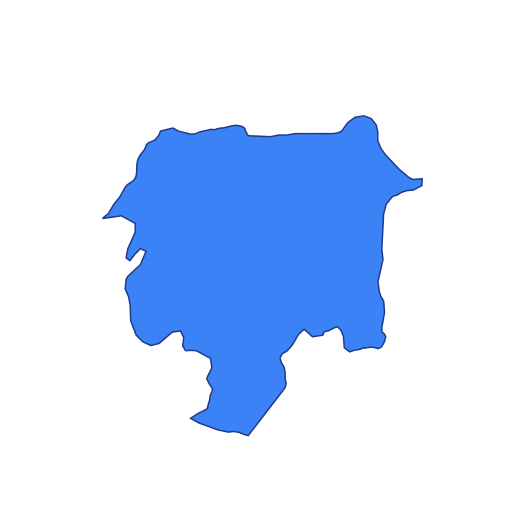 map outline of Oyo (Mercator projection), rotated 27°
{"feature_id": "NGA-2856", "entity_name": "Oyo", "entity_type": "State", "adm_level": 1, "iso_a3": "NGA", "parent_name": "Nigeria", "parent_adm1": "", "projection": "mercator", "projection_center": [3.592, 8.111], "detail": "fine", "context": "isolated", "style": "filled", "palette": "blue", "viewbox_px": 512, "rotation_deg": 27, "n_neighbors": 0, "source": "natural_earth", "source_scale": "10m", "svg_char_len": 2239}
<svg xmlns="http://www.w3.org/2000/svg" viewBox="0 0 512 512"><g transform="rotate(27 256 256)"><path d="M102.7,291.9L102.6,291.1L103.0,289.9L104.6,286.8L105.2,285.3L105.8,275.0L107.9,264.6L108.2,254.8L108.7,251.8L109.9,249.1L111.6,246.3L112.9,243.3L113.0,239.7L111.9,236.2L108.7,229.4L107.4,225.8L106.8,221.9L107.0,218.8L108.3,212.0L108.3,210.4L107.9,207.4L107.9,206.0L108.8,203.9L112.0,200.2L113.3,198.3L114.6,192.8L114.2,188.0L115.3,187.1L123.7,179.8L126.9,179.7L130.0,180.0L142.9,177.0L146.7,174.4L149.8,170.7L158.6,163.5L162.3,162.0L163.5,160.4L166.1,158.3L169.3,156.3L176.0,150.5L179.4,148.4L183.2,147.3L185.7,146.9L188.4,147.5L189.7,149.4L191.6,150.3L193.4,152.2L195.5,151.9L214.6,143.2L221.8,137.6L228.4,134.4L235.4,129.1L268.7,112.2L272.5,109.5L275.6,106.1L277.2,95.4L281.3,87.4L288.6,82.1L296.4,81.3L303.7,84.7L308.4,90.6L312.1,97.9L318.3,103.3L325.5,107.1L344.7,113.9L356.6,116.6L361.1,116.6L369.0,111.7L371.8,118.0L366.2,125.9L360.9,129.1L356.8,133.2L354.2,137.4L350.6,140.9L348.5,150.8L350.7,160.8L365.0,192.8L370.8,201.6L376.3,223.5L382.2,232.0L385.9,235.5L390.2,238.2L396.1,247.8L400.8,263.2L402.8,266.6L405.5,267.1L408.2,268.8L409.4,274.4L409.1,280.0L407.7,282.1L406.8,283.1L403.3,283.7L400.4,284.8L397.3,286.7L394.5,288.9L394.2,288.4L392.9,289.6L391.9,291.0L391.0,292.0L386.3,295.4L382.9,298.9L376.3,297.6L370.4,287.9L365.9,283.9L360.8,281.9L357.4,285.6L354.4,289.9L352.6,291.2L351.2,292.6L351.4,296.3L343.0,302.3L332.1,299.4L329.4,306.8L328.9,317.5L328.0,322.3L326.6,326.9L323.8,331.0L323.6,335.8L327.0,339.5L331.5,342.3L335.0,346.8L337.6,352.0L340.8,355.9L341.7,360.4L330.6,419.6L325.7,420.5L320.9,420.8L315.6,422.6L311.2,425.5L301.2,428.2L281.2,430.7L271.4,430.3L275.8,422.7L281.8,414.5L279.9,404.7L278.8,402.3L278.4,399.8L278.4,396.7L277.4,393.9L272.6,391.3L267.9,387.8L267.5,385.0L267.5,375.9L262.0,367.9L245.8,367.5L240.9,369.6L236.2,372.3L231.5,369.5L228.7,361.6L222.8,357.1L216.0,361.7L209.4,377.9L203.0,383.5L193.9,383.8L185.0,380.8L173.6,370.4L166.3,357.1L161.0,350.2L154.3,344.6L151.0,336.1L150.9,332.7L156.9,316.1L155.9,301.7L149.7,301.9L147.4,309.0L145.8,317.4L141.2,316.7L138.5,307.8L137.6,289.5L133.5,281.8L117.8,281.3L103.8,291.2L102.7,291.9Z" fill="#3b82f6" stroke="#1e3a8a" stroke-width="1.5"/></g></svg>